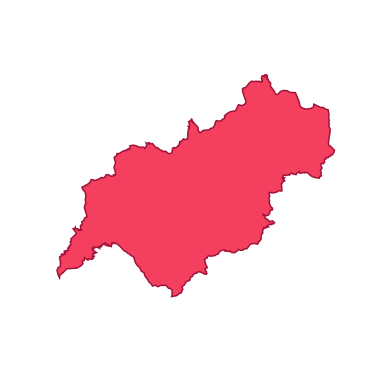 San Jacinto, Bolívar, Colombia (Equal Earth projection), rotated 313°
{"feature_id": "7082276B39027064553052", "entity_name": "San Jacinto", "entity_type": "district", "adm_level": 2, "iso_a3": "COL", "parent_name": "Colombia", "parent_adm1": "Bolívar", "projection": "equal_earth", "projection_center": [-75.131, 9.84], "detail": "fine", "context": "isolated", "style": "filled", "palette": "rose", "viewbox_px": 384, "rotation_deg": 313, "n_neighbors": 0, "source": "geoboundaries", "source_scale": "gbopen_adm2", "svg_char_len": 6052}
<svg xmlns="http://www.w3.org/2000/svg" viewBox="0 0 384 384"><g transform="rotate(313 192 192)"><path d="M319.7,267.7L319.9,262.1L319.4,260.1L321.5,257.8L331.3,251.1L332.6,249.5L333.4,247.1L335.1,246.2L336.8,243.9L337.9,243.7L339.7,241.1L342.1,239.4L345.0,235.3L344.0,233.9L343.1,229.8L341.8,229.0L339.3,221.2L336.9,223.0L334.3,222.0L330.4,219.0L328.5,214.9L328.4,212.7L331.3,208.4L335.2,199.8L331.9,196.1L331.3,194.6L331.1,192.7L329.0,190.0L325.9,188.1L321.8,188.2L320.6,186.3L321.9,182.9L323.0,177.0L325.3,175.3L325.6,172.3L326.2,171.1L326.1,169.5L326.6,169.8L327.1,167.9L327.7,168.5L328.4,167.9L328.4,166.4L327.1,165.3L325.7,166.2L325.5,164.6L324.5,164.1L322.3,165.3L322.2,166.3L321.0,167.1L321.0,167.9L319.8,168.0L318.6,165.3L317.0,164.3L316.8,163.4L315.1,162.1L313.7,160.0L311.0,159.6L304.7,160.0L303.6,158.9L302.1,158.5L300.4,160.0L298.7,162.7L294.9,170.1L292.1,170.7L289.2,169.6L287.6,166.5L281.1,168.4L276.6,165.1L272.7,164.1L269.8,163.8L268.4,165.7L265.8,164.6L264.1,164.9L261.8,162.9L261.2,161.5L260.2,161.1L255.2,163.4L252.7,163.3L251.0,162.1L248.9,162.0L244.8,158.2L240.8,157.6L241.2,154.3L242.6,153.4L243.4,152.0L243.8,148.4L243.4,147.1L244.1,145.9L243.3,145.9L243.2,145.2L244.9,142.7L245.1,142.0L244.6,141.8L243.2,143.0L242.3,141.8L240.9,141.7L240.5,143.2L239.3,144.1L238.5,145.5L237.4,144.6L237.5,145.7L237.0,146.5L236.6,146.1L234.9,146.9L231.3,149.5L229.1,151.9L228.0,151.8L227.4,152.5L225.9,151.5L225.1,149.6L221.7,149.6L220.4,148.6L219.3,150.1L218.4,149.8L217.3,150.6L216.1,150.1L214.5,150.5L212.8,149.6L212.4,148.6L210.7,148.0L207.1,150.5L204.9,149.7L204.1,148.5L203.8,144.8L202.0,143.7L202.0,141.8L201.2,141.0L200.8,136.2L200.0,135.9L199.8,135.2L200.5,130.0L199.4,129.2L199.0,127.9L198.5,128.1L198.6,126.7L198.0,126.4L197.2,126.9L196.6,125.0L196.2,126.0L194.5,127.4L191.7,127.8L191.9,126.2L188.4,122.4L188.3,120.9L186.5,117.4L183.6,115.1L181.3,117.1L180.7,116.2L180.0,116.6L179.7,115.8L178.3,116.0L178.0,115.2L177.1,115.2L175.3,113.8L170.7,112.6L168.8,110.9L167.4,112.0L164.2,111.5L160.9,116.5L157.0,117.9L153.8,123.0L152.2,124.4L151.1,122.8L150.1,123.7L148.7,122.3L148.1,121.4L147.8,119.6L146.8,118.0L146.0,117.5L143.2,118.0L141.7,117.6L141.3,116.4L140.2,115.4L138.9,115.4L134.5,113.4L132.7,110.1L131.6,109.8L130.7,110.5L128.0,110.9L127.4,110.4L125.4,110.4L124.4,109.4L122.6,109.4L121.2,108.3L120.2,108.5L119.8,109.3L119.1,111.4L119.3,113.4L117.8,115.4L117.4,116.7L114.1,118.8L110.5,122.6L109.5,122.5L107.2,123.9L102.4,132.1L99.8,131.2L96.9,132.4L95.2,131.6L93.4,134.0L91.8,133.3L91.1,133.6L89.4,135.4L89.0,137.2L88.7,137.2L87.6,135.1L87.3,136.0L86.8,135.7L86.6,134.6L87.1,134.2L87.1,133.5L85.8,132.0L86.7,130.7L84.6,131.0L84.0,130.3L83.2,134.9L82.5,135.8L75.0,135.5L73.6,137.3L72.8,136.8L70.5,139.5L68.6,138.9L67.8,140.3L66.2,139.4L65.1,141.3L62.4,139.2L61.9,139.5L62.1,140.6L61.5,140.5L61.2,139.6L60.2,141.4L59.8,140.6L59.3,141.2L58.1,140.9L58.4,139.7L58.0,139.1L57.0,139.1L56.2,140.1L54.2,139.4L51.5,142.8L51.3,144.1L49.9,144.3L47.8,146.6L45.8,145.6L42.8,146.5L40.0,150.7L39.0,153.6L41.4,151.9L43.6,152.6L50.4,152.8L58.0,159.9L62.4,161.1L65.2,161.2L66.3,159.1L67.0,158.9L68.2,159.9L70.7,158.2L71.0,162.1L71.5,162.5L72.5,161.8L74.4,164.6L76.1,165.1L76.0,163.9L76.6,163.3L78.7,165.0L78.2,164.0L78.4,161.7L79.6,161.6L80.4,162.7L81.1,161.8L82.0,162.4L81.6,163.0L82.6,163.5L81.8,158.8L82.8,158.9L82.6,157.6L83.1,157.3L83.3,158.2L83.9,158.7L85.2,157.9L85.2,159.1L86.6,159.7L87.1,161.2L87.9,161.0L87.8,162.8L89.0,161.5L89.7,162.9L90.1,162.7L89.7,161.8L90.1,161.6L91.1,162.1L91.2,162.7L92.7,162.1L93.8,163.8L94.1,162.9L95.8,163.2L95.2,165.5L94.5,165.3L94.3,165.8L95.0,166.8L95.5,166.0L96.8,166.7L95.8,168.1L97.1,170.3L99.6,168.2L100.0,168.3L100.1,169.3L101.6,169.1L101.5,170.5L102.6,171.5L102.9,172.5L103.2,176.5L102.7,182.3L103.6,185.2L103.3,186.8L104.0,188.4L103.8,189.9L104.7,193.6L101.7,198.9L101.0,202.0L100.9,205.6L99.6,208.8L100.2,212.1L98.8,214.2L98.0,217.1L97.7,219.9L96.8,221.7L97.0,224.3L96.3,227.2L98.4,228.5L99.2,229.9L99.5,231.7L102.9,233.0L103.6,234.3L105.9,236.3L105.6,240.5L106.7,241.9L106.6,244.4L102.8,247.9L101.6,248.4L105.8,251.5L109.3,252.0L110.7,252.9L114.6,251.6L115.8,249.4L119.5,249.8L122.3,248.9L126.0,250.6L128.5,249.1L130.8,249.9L131.5,249.3L134.0,249.5L135.7,250.7L137.8,250.9L139.4,252.9L140.6,257.2L141.2,257.5L141.4,258.4L142.4,258.6L142.5,257.8L143.5,257.1L143.4,255.9L144.0,255.6L144.3,254.2L145.3,254.0L146.8,254.8L147.5,254.1L148.0,252.3L151.0,247.3L153.1,247.4L153.8,248.1L155.5,247.2L157.0,248.1L158.0,249.7L161.4,252.3L163.0,252.5L164.4,253.4L167.9,252.8L170.8,254.3L172.3,255.7L172.0,256.7L171.5,256.6L173.8,259.8L174.9,260.1L174.8,262.5L176.8,264.6L179.7,265.3L181.5,265.0L182.4,267.3L184.4,269.0L186.0,269.0L187.9,270.8L193.9,270.2L197.1,272.9L198.5,275.5L200.4,275.2L201.1,274.5L202.8,275.0L205.1,274.5L206.6,272.7L209.6,271.5L210.2,271.8L211.2,270.6L213.8,269.1L214.6,269.7L215.2,268.9L215.5,270.0L216.3,270.6L217.1,270.2L217.4,270.8L218.0,270.1L218.8,271.6L219.1,270.5L221.3,270.7L222.0,271.4L222.0,272.2L223.5,272.3L224.2,273.4L225.1,272.9L225.8,273.3L225.9,270.7L223.1,268.7L223.5,266.8L222.8,263.4L223.4,262.5L223.8,259.5L224.3,259.2L225.1,262.4L226.9,263.5L229.1,263.5L231.6,261.7L233.3,262.9L234.2,262.9L235.1,261.5L235.1,259.2L236.8,255.8L238.7,254.5L240.3,252.0L241.6,252.0L244.0,248.8L244.7,248.9L245.5,250.6L247.2,252.5L250.0,254.1L252.5,254.7L253.1,256.2L254.3,256.9L259.1,251.7L260.3,252.0L262.3,251.2L262.6,252.0L263.3,252.2L263.5,250.4L265.5,250.1L264.5,248.8L263.6,249.4L264.0,248.5L266.9,247.5L268.2,249.6L270.2,250.5L270.6,251.7L273.5,251.6L274.1,253.8L275.7,256.3L277.2,255.8L280.0,256.4L279.3,257.2L279.5,258.4L282.4,260.4L283.0,261.7L284.2,261.5L284.8,263.3L284.9,267.7L285.3,269.3L286.4,272.1L289.0,275.7L290.6,274.8L291.5,275.6L292.3,275.4L292.7,274.3L294.3,273.4L295.7,270.7L297.1,271.1L298.4,270.6L299.3,267.8L300.4,267.3L301.1,267.3L302.2,268.8L303.0,268.8L304.3,268.6L306.0,266.6L306.7,266.6L307.6,267.5L308.5,266.6L310.1,268.2L310.9,267.9L312.7,268.8L313.2,268.1L315.1,269.3L318.1,268.7L319.7,267.7Z" fill="#f43f5e" stroke="#9f1239" stroke-width="1.5"/></g></svg>